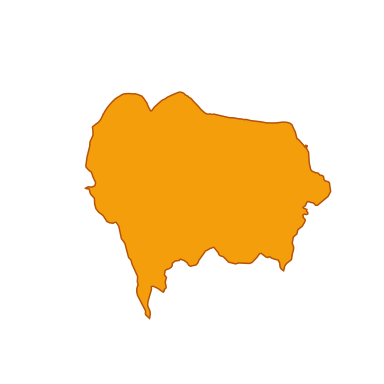 Yomou, Yomou, Guinea (Mercator projection), rotated 316°
{"feature_id": "49546643B93814621089544", "entity_name": "Yomou", "entity_type": "district", "adm_level": 2, "iso_a3": "GIN", "parent_name": "Guinea", "parent_adm1": "Yomou", "projection": "mercator", "projection_center": [-9.137, 7.537], "detail": "fine", "context": "isolated", "style": "filled", "palette": "amber", "viewbox_px": 384, "rotation_deg": 316, "n_neighbors": 0, "source": "geoboundaries", "source_scale": "gbopen_adm2", "svg_char_len": 4262}
<svg xmlns="http://www.w3.org/2000/svg" viewBox="0 0 384 384"><g transform="rotate(316 192 192)"><path d="M118.1,115.3L118.4,116.4L118.9,116.9L118.9,117.0L120.1,118.1L119.0,120.3L117.6,122.9L117.4,128.7L114.2,132.4L113.6,133.1L113.2,133.8L111.3,137.3L110.8,141.5L111.3,144.3L111.3,144.5L111.7,147.2L110.3,154.1L111.2,156.6L111.3,156.8L112.8,158.8L113.0,159.0L113.3,159.5L115.7,160.4L115.9,160.6L116.4,161.2L115.5,165.9L115.3,166.2L108.9,176.3L108.5,179.1L108.1,182.2L104.2,189.1L100.9,195.1L100.8,196.8L100.8,197.8L100.8,198.7L100.6,199.0L98.8,202.2L97.1,206.9L97.0,207.3L94.2,215.0L90.3,218.6L88.9,221.2L88.2,221.5L85.4,223.0L82.9,225.4L82.2,226.6L82.1,226.8L81.1,228.3L79.5,233.5L77.4,240.6L76.0,245.3L75.7,245.6L73.8,247.3L73.5,248.3L73.4,248.6L73.5,251.1L73.7,253.4L77.0,251.0L79.0,248.5L81.1,243.0L82.6,241.6L84.5,240.0L95.2,233.9L96.9,231.9L97.4,232.0L97.8,232.1L98.4,232.7L98.7,233.1L98.9,233.5L99.6,235.3L100.4,237.3L101.7,244.1L102.0,244.1L102.8,244.1L103.8,243.4L104.4,242.9L105.5,243.0L106.1,243.1L106.8,242.8L107.4,242.5L110.1,238.2L112.8,236.6L114.3,235.7L114.6,232.5L116.8,230.8L118.0,229.9L119.0,230.0L119.7,230.0L120.7,230.5L122.4,231.3L123.5,231.5L124.9,231.7L126.5,231.2L126.8,231.1L127.2,230.7L128.2,229.6L131.6,229.9L132.0,230.0L133.7,231.2L133.8,231.3L135.3,232.4L137.0,232.2L137.7,233.7L138.8,235.9L139.2,238.2L139.4,239.3L138.8,242.7L139.3,244.3L141.2,245.4L141.8,245.8L144.2,247.3L145.5,247.2L146.9,247.1L147.4,246.9L149.5,245.9L157.8,244.4L160.6,243.8L164.0,244.8L166.0,245.3L167.4,246.0L169.3,246.9L169.3,247.4L168.7,253.9L168.1,255.2L168.0,255.6L167.9,255.7L167.9,257.1L168.4,258.1L169.6,260.5L169.6,261.1L169.6,266.9L169.6,267.9L171.6,271.1L173.4,274.0L175.3,275.0L176.3,275.5L183.7,283.3L186.1,284.4L192.0,284.2L192.9,284.2L197.6,283.3L198.1,283.6L199.2,284.3L200.0,290.0L201.0,291.8L203.0,292.5L203.1,293.5L203.4,295.1L203.9,296.1L206.3,300.3L206.8,301.0L206.2,302.0L206.0,303.5L205.9,303.7L204.7,305.3L203.1,307.4L202.7,309.7L203.1,311.9L203.2,312.3L207.3,309.7L209.4,309.3L209.5,309.3L210.1,309.1L216.2,309.7L216.5,309.7L216.9,309.5L220.9,306.4L223.3,305.0L225.4,303.7L226.9,302.2L228.4,298.6L229.2,298.0L233.6,294.8L237.2,295.0L237.9,295.0L238.1,295.1L241.9,292.7L247.6,293.2L251.8,292.0L253.8,291.1L254.4,289.8L254.3,287.8L255.6,285.7L257.3,285.8L258.5,287.5L258.7,287.8L259.9,288.2L261.0,287.3L261.0,285.3L262.5,284.4L261.0,281.2L261.3,280.2L264.1,280.6L266.9,279.4L267.5,279.1L268.1,279.2L268.7,279.3L270.0,281.4L270.0,281.6L271.9,284.6L271.7,285.9L271.6,286.9L272.1,288.0L273.1,288.7L286.8,289.7L292.1,287.9L296.1,282.4L297.2,280.9L297.2,279.4L296.9,278.9L296.4,278.0L295.8,276.9L295.5,276.3L295.7,274.5L297.2,272.5L297.3,271.8L297.3,270.9L295.7,268.5L295.9,266.3L295.9,266.1L294.2,263.8L292.8,260.1L292.9,259.2L292.9,258.5L296.5,252.5L297.6,251.3L303.4,244.4L304.9,239.7L305.2,239.6L306.5,239.3L306.9,238.9L306.2,237.4L304.5,238.1L304.6,237.3L304.8,235.1L304.9,231.9L305.1,228.6L304.6,226.5L306.0,224.0L307.4,221.7L308.3,219.7L309.3,216.6L310.6,213.0L310.2,210.4L308.3,207.3L305.8,204.7L303.4,202.9L300.6,200.8L298.4,198.8L295.8,196.2L293.6,194.0L291.0,190.3L288.1,186.6L286.6,184.8L284.6,182.4L283.5,180.9L282.1,178.6L281.1,177.1L279.7,176.1L279.0,174.8L277.7,173.1L276.6,172.0L274.9,169.6L273.4,167.5L270.8,164.9L268.8,161.9L266.5,158.4L263.8,154.2L262.0,151.3L260.2,150.0L259.1,148.3L257.1,146.6L256.2,144.0L255.8,139.7L255.9,136.7L256.1,132.8L256.0,129.5L256.0,128.2L256.1,126.8L256.3,124.6L255.6,121.5L255.6,120.2L254.7,117.9L254.7,115.5L254.1,113.7L252.5,111.4L250.1,110.4L248.1,109.5L245.4,108.5L242.8,107.6L240.5,106.8L237.3,106.3L234.2,105.2L229.0,104.9L223.9,104.8L220.9,105.3L219.3,105.5L218.6,104.8L219.5,101.4L220.3,99.0L221.4,96.8L221.8,93.8L222.4,90.7L222.5,88.2L221.2,85.1L219.5,82.1L217.3,80.0L215.7,78.0L213.3,75.8L210.5,73.8L208.7,73.2L207.0,72.9L203.6,72.1L201.4,71.7L198.6,71.7L195.7,71.8L193.3,72.0L190.7,72.3L187.6,72.9L185.1,73.5L183.1,74.2L181.9,74.3L181.0,74.9L179.1,75.6L176.9,76.3L175.0,76.7L172.7,76.8L170.2,76.4L168.3,76.3L166.8,76.0L165.5,76.1L163.4,79.0L160.2,82.4L153.4,85.1L150.2,88.0L146.1,90.6L140.4,94.2L133.8,99.5L133.0,100.7L132.9,105.0L133.4,107.8L131.1,112.8L129.2,118.3L126.5,120.0L123.4,118.9L120.9,116.1L118.1,115.3Z" fill="#f59e0b" stroke="#b45309" stroke-width="1.5"/></g></svg>